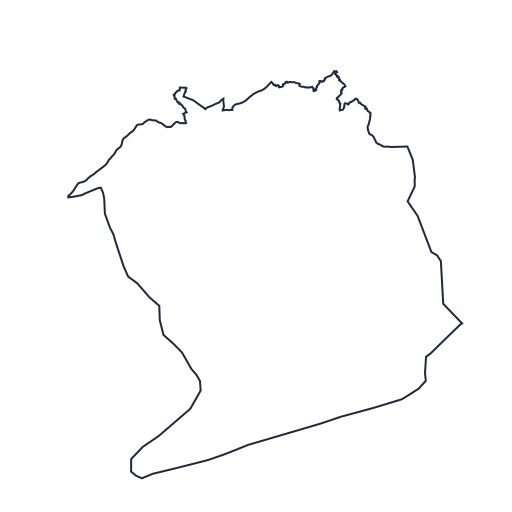 outline of Oluyole, Oyo, Nigeria, rotated 344°
{"feature_id": "59680162B11018926765325", "entity_name": "Oluyole", "entity_type": "district", "adm_level": 2, "iso_a3": "NGA", "parent_name": "Nigeria", "parent_adm1": "Oyo", "projection": "mercator", "projection_center": [3.901, 7.219], "detail": "fine", "context": "isolated", "style": "outline", "palette": "slate", "viewbox_px": 512, "rotation_deg": 344, "n_neighbors": 0, "source": "geoboundaries", "source_scale": "gbopen_adm2", "svg_char_len": 6024}
<svg xmlns="http://www.w3.org/2000/svg" viewBox="0 0 512 512"><g transform="rotate(344 256 256)"><path d="M318.7,92.9L313.0,96.3L311.0,97.2L308.9,98.0L306.6,98.4L303.1,98.6L300.4,99.1L297.9,99.7L294.7,101.1L294.1,101.2L291.2,102.7L288.4,104.0L286.6,104.4L284.5,104.8L283.0,104.9L278.7,104.6L276.6,105.2L275.4,105.9L274.0,107.3L273.5,109.1L272.6,108.9L272.0,108.5L270.3,108.4L268.5,107.6L267.3,107.3L264.1,106.9L264.4,106.2L266.4,103.6L267.3,98.0L268.0,95.8L265.7,96.5L263.6,98.0L262.8,98.3L258.5,98.7L255.7,99.3L253.5,99.5L251.8,99.7L250.2,99.8L249.4,100.0L248.3,100.5L247.9,100.9L247.7,100.8L246.0,98.2L245.1,97.3L238.7,89.1L232.4,84.3L230.3,82.7L231.9,80.3L232.9,79.3L233.1,79.0L233.3,78.4L233.9,78.4L234.3,76.5L235.4,75.7L235.5,75.5L235.1,75.1L234.1,74.5L231.6,73.9L229.2,73.1L228.3,75.7L227.1,75.6L226.8,75.5L226.4,75.6L226.1,75.5L225.9,75.9L225.2,76.3L223.4,77.0L222.8,77.8L221.3,78.3L221.3,79.1L221.9,79.4L221.2,81.9L221.4,82.7L222.3,82.7L222.5,84.4L222.9,85.8L223.1,86.8L224.2,86.9L224.2,88.6L225.3,88.6L225.5,89.7L226.6,90.9L226.8,91.6L226.8,92.5L226.9,92.9L227.3,93.5L228.4,94.7L228.5,96.1L228.3,97.1L228.9,98.7L225.2,99.3L225.4,99.6L225.4,100.3L225.9,101.6L225.8,102.0L225.5,102.6L225.6,103.1L225.3,103.9L225.3,105.8L225.6,106.7L225.3,107.8L225.3,108.6L225.4,108.8L224.3,108.9L223.8,108.5L222.2,108.2L221.9,107.9L221.1,107.7L219.9,107.6L219.3,107.1L218.2,105.9L217.6,105.6L217.4,105.6L217.0,105.3L216.6,105.2L215.0,105.6L214.3,106.1L212.9,106.7L211.9,107.4L211.4,107.6L209.7,108.5L209.3,108.4L208.2,107.9L207.6,107.9L206.3,107.7L205.1,106.9L204.2,105.5L203.5,104.9L202.6,103.3L201.6,102.4L201.0,101.6L200.1,101.3L199.3,100.8L198.9,100.1L198.0,99.4L197.3,98.2L195.9,97.8L195.4,97.4L193.5,96.9L192.4,96.1L192.0,95.6L191.4,95.5L190.7,95.6L189.8,95.5L189.5,95.6L187.1,96.3L186.0,96.5L184.1,97.6L183.4,97.9L181.3,97.7L179.1,97.2L177.5,97.5L173.6,101.0L170.8,102.6L169.8,102.6L164.6,105.3L160.9,106.6L159.1,108.8L157.9,111.3L156.3,113.4L154.4,114.3L151.9,115.2L150.4,116.3L148.6,118.3L146.6,119.8L144.5,120.8L143.2,122.0L141.3,122.8L139.9,124.3L137.7,126.3L134.4,127.9L125.7,131.2L123.0,132.5L120.3,133.4L119.1,133.6L115.1,135.5L113.8,136.4L111.0,137.1L105.6,137.0L103.3,138.6L100.1,141.4L98.3,143.1L95.7,144.8L93.3,146.0L92.2,146.4L91.7,147.9L97.0,148.7L105.4,149.5L109.2,148.7L122.8,147.2L125.7,147.6L126.4,153.1L125.9,159.1L122.4,173.7L123.4,188.3L124.9,195.8L124.9,204.3L125.9,229.5L127.4,240.5L134.4,249.6L142.3,266.6L149.3,277.2L145.8,291.2L145.3,306.3L152.3,317.4L158.3,328.4L162.8,347.0L165.9,353.5L167.7,360.6L165.7,370.1L150.8,384.7L112.9,402.2L94.5,408.3L80.0,416.8L76.5,428.9L80.3,434.3L85.0,438.2L96.5,436.9L120.9,437.9L153.8,438.9L171.7,437.9L196.6,435.4L272.1,434.9L293.1,433.9L327.0,434.4L356.9,433.9L375.8,428.4L384.8,422.8L386.2,415.1L391.7,399.7L397.2,397.7L408.2,391.7L433.6,378.1L435.5,377.6L422.8,353.5L432.3,311.9L430.2,305.2L425.7,300.6L422.4,262.0L416.8,245.3L427.8,232.8L429.6,226.1L430.5,224.2L433.2,206.7L431.7,192.5L416.1,188.5L412.0,186.9L409.2,186.3L407.1,184.6L406.5,183.5L404.1,181.8L402.8,180.0L402.6,177.4L402.2,176.4L402.0,174.2L400.8,171.8L399.2,170.6L398.4,169.2L398.7,168.5L398.5,167.7L398.3,166.1L398.6,165.4L398.6,164.9L398.5,164.2L398.7,163.1L399.7,161.5L400.6,160.5L401.1,159.5L401.6,158.9L401.9,158.1L403.3,156.0L404.0,153.8L404.9,152.3L404.9,151.1L405.4,150.5L405.5,150.2L405.1,149.8L404.9,149.1L404.4,148.7L404.1,148.2L403.4,147.5L403.2,146.8L403.1,146.2L403.3,145.3L403.1,145.0L401.7,144.6L401.5,144.3L401.8,143.7L402.5,143.0L402.5,142.8L402.5,142.6L402.0,142.3L400.4,140.5L399.2,139.3L398.9,138.9L398.3,137.2L398.1,137.1L397.3,137.3L397.3,136.8L397.0,136.1L397.0,135.6L396.8,134.7L396.9,134.1L395.9,132.5L395.2,132.5L394.8,132.2L394.6,132.2L393.9,132.9L393.1,133.4L392.7,133.3L391.2,133.7L390.4,134.2L389.7,134.1L388.2,134.2L387.6,135.0L387.1,135.0L386.7,135.3L386.8,135.6L386.5,135.8L385.3,134.6L383.9,133.8L383.7,133.7L383.1,134.0L382.9,134.4L382.3,135.9L382.2,136.5L381.9,136.8L381.4,137.8L379.6,139.4L378.6,139.2L378.2,139.2L377.3,139.1L376.8,139.2L376.8,137.8L377.3,137.1L377.6,136.2L378.2,135.2L378.5,134.2L378.5,133.9L379.0,132.9L379.1,132.5L379.0,132.3L378.5,131.8L378.3,131.0L378.4,130.3L378.6,129.8L378.5,129.4L377.9,128.9L377.7,128.1L377.3,127.8L377.0,127.7L376.8,127.3L376.9,127.0L377.4,126.3L378.6,126.0L380.6,124.8L381.4,124.5L383.0,123.4L383.4,122.9L383.4,122.5L382.9,122.1L383.1,121.7L383.1,120.9L383.2,120.6L384.0,119.8L384.4,120.2L384.7,120.2L385.4,118.7L385.9,118.2L388.7,117.6L388.4,116.0L388.0,115.0L386.2,112.6L385.6,111.3L384.5,110.2L385.1,109.8L385.3,109.5L384.8,109.1L384.5,109.0L384.5,108.1L384.7,107.6L385.0,107.3L385.0,107.1L384.2,106.5L384.0,106.1L383.6,106.4L383.2,105.8L383.9,105.1L382.1,102.9L382.2,102.7L382.9,102.1L384.1,101.8L384.6,101.6L384.1,100.5L382.8,100.8L382.5,100.0L382.2,99.8L381.3,100.6L380.4,101.1L379.4,102.3L377.1,103.4L376.3,103.5L375.7,103.3L375.2,103.3L372.6,103.8L371.1,104.2L371.1,104.8L370.9,105.0L370.9,105.4L370.1,105.6L369.5,106.6L368.4,106.3L367.8,106.6L367.6,106.8L367.3,106.7L366.5,105.7L366.1,105.4L365.2,105.3L365.0,105.7L365.4,106.1L364.9,106.5L364.9,107.1L364.2,107.7L363.5,107.9L362.5,108.8L361.5,109.3L361.1,110.0L361.1,110.6L360.3,111.1L359.8,112.1L359.5,112.2L359.7,112.6L359.6,113.1L359.0,113.2L358.6,113.4L357.1,113.5L357.0,113.4L357.4,113.1L357.3,112.7L357.5,112.3L357.4,112.1L357.0,112.0L356.9,111.8L357.2,111.3L357.6,110.8L356.7,109.2L356.5,109.4L355.3,108.8L354.1,108.6L353.6,108.8L352.6,108.4L352.3,108.4L351.8,108.0L351.4,107.8L351.0,107.8L350.8,107.9L350.0,107.7L349.1,106.7L346.8,106.0L345.4,105.0L344.6,104.2L344.8,103.7L345.5,102.5L341.9,100.5L340.8,99.5L338.1,98.8L337.2,98.2L336.4,98.0L336.0,98.0L334.5,98.3L334.1,97.3L333.4,97.5L332.9,96.9L332.5,97.1L332.1,97.6L331.5,97.8L331.4,97.9L331.4,98.2L331.2,98.3L329.2,98.4L329.1,99.7L329.0,100.1L327.8,100.4L325.0,100.4L324.6,100.1L324.9,99.7L325.0,98.8L324.9,98.6L324.1,98.1L323.9,97.7L322.5,98.1L322.0,98.2L321.8,97.9L321.5,96.7L320.3,96.7L319.8,95.7L320.0,95.0L319.3,94.1L318.7,92.9Z" fill="none" stroke="#1e293b" stroke-width="2"/></g></svg>